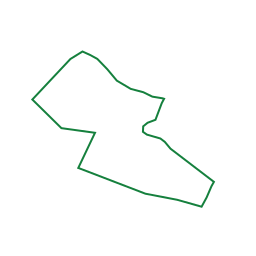 General Santos, Natural Earth projection, rotated 291°
{"feature_id": "PHL-5529", "entity_name": "General Santos", "entity_type": "Highly Urbanized City", "adm_level": 1, "iso_a3": "PHL", "parent_name": "Philippines", "parent_adm1": "", "projection": "natural_earth1", "projection_center": [125.172, 6.137], "detail": "fine", "context": "isolated", "style": "outline", "palette": "green", "viewbox_px": 256, "rotation_deg": 291, "n_neighbors": 0, "source": "natural_earth", "source_scale": "10m", "svg_char_len": 524}
<svg xmlns="http://www.w3.org/2000/svg" viewBox="0 0 256 256"><g transform="rotate(291 128 128)"><path d="M168.2,151.2L163.2,150.6L145.5,150.7L139.9,144.4L135.0,141.6L129.8,143.3L128.6,148.0L129.8,162.0L128.2,167.4L123.9,175.1L108.5,227.5L103.6,226.8L91.3,226.3L80.9,224.9L78.6,199.6L72.9,167.8L72.9,95.9L111.7,98.9L104.0,65.9L120.3,28.5L171.8,49.5L183.1,58.1L182.6,66.5L181.5,74.6L175.5,87.5L168.2,100.6L165.5,116.5L166.9,129.5L166.0,139.5L168.1,149.6L168.2,151.2Z" fill="none" stroke="#15803d" stroke-width="2"/></g></svg>